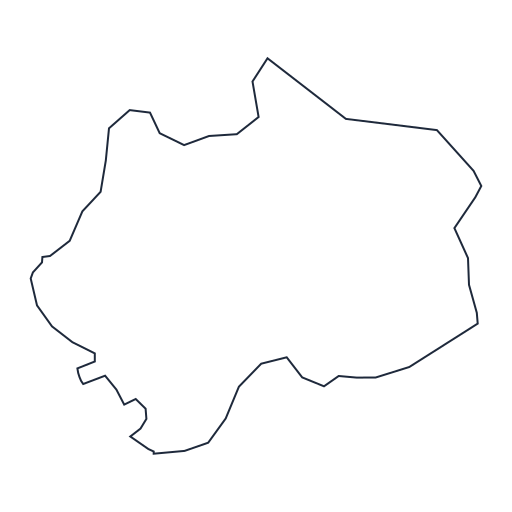 SVG path tracing the border of Edineţ
{"feature_id": "MDA-1615", "entity_name": "Edineţ", "entity_type": "District", "adm_level": 1, "iso_a3": "MDA", "parent_name": "Moldova", "parent_adm1": "", "projection": "equal_earth", "projection_center": [27.238, 48.122], "detail": "fine", "context": "isolated", "style": "outline", "palette": "slate", "viewbox_px": 512, "rotation_deg": 0, "n_neighbors": 0, "source": "natural_earth", "source_scale": "10m", "svg_char_len": 875}
<svg xmlns="http://www.w3.org/2000/svg" viewBox="0 0 512 512"><path d="M83.2,384.0L81.1,380.9L79.5,377.1L78.2,373.0L77.4,368.4L94.8,361.5L94.8,353.4L72.4,342.2L52.0,326.4L37.0,305.4L30.7,278.5L32.9,272.4L42.0,262.4L42.4,257.0L50.0,256.0L69.7,240.8L82.4,211.3L100.6,191.8L105.8,160.6L109.0,128.3L129.7,110.1L150.0,112.6L159.7,133.2L184.1,145.1L209.0,136.0L236.8,134.2L258.6,117.0L252.5,81.5L267.5,58.3L345.9,118.9L436.9,130.1L473.6,170.9L481.3,186.0L475.3,197.3L454.4,228.1L468.0,258.1L469.0,284.8L476.8,312.8L477.7,323.6L409.3,367.0L375.7,377.5L356.7,377.6L338.7,376.0L324.0,386.3L302.2,377.4L286.7,357.3L261.2,363.7L238.9,386.7L225.7,418.5L208.2,442.7L184.6,450.9L160.4,453.1L153.7,453.7L153.7,451.5L148.3,449.0L130.3,436.5L140.5,428.6L146.4,418.9L145.6,408.7L135.7,399.0L124.2,404.6L116.4,389.6L105.1,375.7L83.2,384.0Z" fill="none" stroke="#1e293b" stroke-width="2"/></svg>